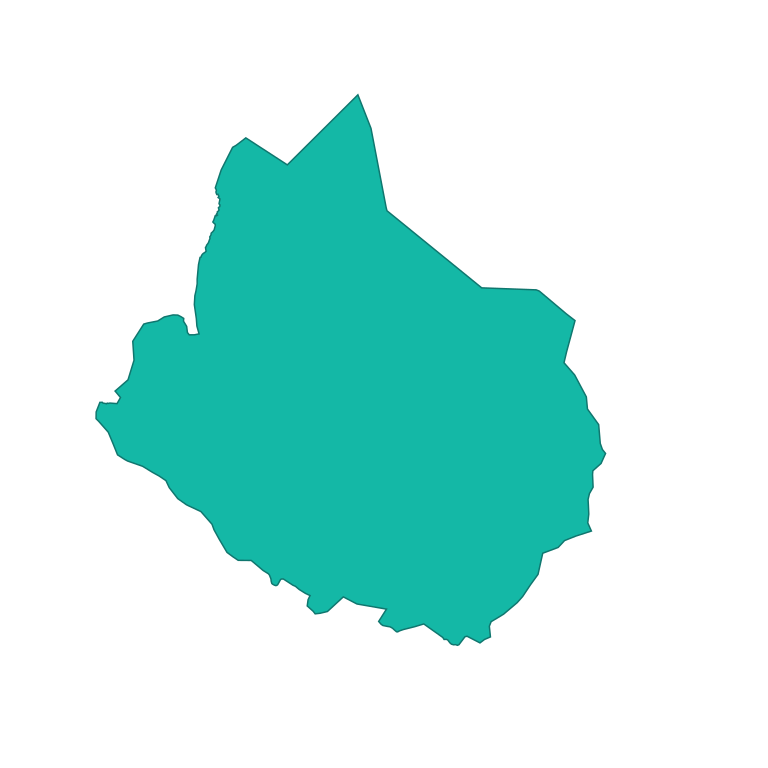 Batsari, Katsina, Nigeria (Natural Earth projection), rotated 122°
{"feature_id": "59680162B85415328791745", "entity_name": "Batsari", "entity_type": "district", "adm_level": 2, "iso_a3": "NGA", "parent_name": "Nigeria", "parent_adm1": "Katsina", "projection": "natural_earth1", "projection_center": [7.287, 12.843], "detail": "fine", "context": "isolated", "style": "filled", "palette": "teal", "viewbox_px": 768, "rotation_deg": 122, "n_neighbors": 0, "source": "geoboundaries", "source_scale": "gbopen_adm2", "svg_char_len": 2883}
<svg xmlns="http://www.w3.org/2000/svg" viewBox="0 0 768 768"><g transform="rotate(122 384 384)"><path d="M152.6,559.4L249.4,582.1L248.5,631.6L260.0,635.9L263.5,637.8L288.8,635.5L307.1,631.0L308.0,629.4L308.9,628.6L310.2,628.3L311.0,627.5L311.9,626.2L311.1,625.4L311.7,624.6L312.3,623.5L313.8,623.5L313.8,622.6L314.0,621.2L315.7,620.5L317.9,619.7L318.6,619.4L319.1,618.0L320.6,617.3L322.1,617.9L323.2,617.0L323.8,616.1L325.2,616.2L326.4,616.6L327.4,615.9L328.4,616.1L329.2,616.0L329.1,614.8L330.0,615.1L330.8,616.3L332.7,615.8L335.2,615.2L337.3,615.0L337.7,613.7L338.0,611.8L339.3,610.9L341.2,610.4L343.3,609.7L345.5,609.9L347.7,610.5L349.0,609.8L350.1,609.7L351.6,609.7L352.7,608.7L354.5,608.4L356.9,607.8L358.5,607.8L360.3,608.0L361.7,607.6L362.7,607.8L363.6,607.1L364.8,606.0L365.8,605.2L366.7,605.5L367.6,605.7L368.8,606.4L370.4,606.8L371.9,606.8L373.3,606.4L374.1,607.1L381.0,604.6L394.1,598.0L398.1,595.5L404.9,592.7L409.3,591.2L417.2,586.9L428.0,577.8L434.0,573.4L439.5,567.4L442.7,570.8L445.5,575.2L444.5,578.0L439.7,581.9L437.0,587.3L434.5,588.6L434.5,591.9L434.8,595.3L437.2,599.5L443.6,605.9L450.5,609.3L457.7,617.0L460.5,619.5L480.9,619.7L496.3,608.6L516.1,603.3L532.5,608.3L535.1,600.3L542.1,600.0L545.4,606.3L546.7,607.7L546.9,608.6L547.8,608.8L548.4,610.6L549.1,612.0L548.8,613.2L550.1,615.2L560.2,613.3L566.0,609.8L566.8,606.3L571.0,592.3L578.3,582.0L585.3,572.4L585.4,563.8L585.2,560.6L581.7,545.1L581.6,533.4L581.2,526.2L581.5,517.7L585.7,511.2L590.5,498.2L591.1,487.6L590.8,484.6L589.2,471.7L594.1,455.5L597.7,450.9L603.0,441.4L610.0,427.9L610.6,420.5L610.8,414.2L604.0,403.1L606.2,387.7L606.2,381.5L606.7,380.0L609.2,376.6L611.0,375.2L612.5,373.6L612.8,372.6L612.7,370.4L612.3,368.9L611.6,368.2L610.5,367.8L608.4,367.9L606.8,368.0L604.9,368.1L603.9,367.8L602.7,366.0L602.9,354.6L602.5,351.9L603.2,347.0L603.2,339.7L602.6,334.6L607.1,334.1L612.9,331.5L614.3,323.5L615.4,320.6L612.2,316.6L606.9,311.4L586.1,305.7L584.9,290.4L573.6,262.6L588.2,262.7L589.3,259.1L589.4,257.0L587.8,252.7L586.7,250.1L586.6,247.2L587.1,244.8L587.5,242.1L586.9,241.0L585.1,240.0L581.9,237.4L573.6,229.4L566.4,223.1L567.8,199.8L568.8,197.7L567.5,195.8L567.3,194.3L567.8,193.0L568.6,190.9L568.9,189.0L568.3,186.8L567.1,185.2L566.7,183.3L565.4,182.3L555.4,181.4L553.9,179.9L552.7,165.4L547.4,163.4L542.1,159.7L533.6,166.3L528.8,167.2L515.8,160.6L498.9,155.2L490.7,153.8L476.8,153.4L463.8,152.5L451.1,157.0L443.4,159.7L430.3,149.7L421.1,147.9L411.4,140.8L398.8,130.2L393.8,137.6L385.8,141.4L378.4,146.5L375.0,148.9L373.9,149.7L368.1,151.7L360.7,152.0L350.2,159.2L346.9,160.9L336.3,157.8L335.1,158.0L325.5,159.3L323.8,164.1L319.8,169.1L304.7,180.4L297.4,198.2L287.7,205.6L275.3,227.1L270.6,242.6L260.0,246.2L245.1,250.7L229.0,255.6L227.9,266.6L222.9,301.6L223.5,304.8L250.7,352.1L235.5,473.3L233.2,475.7L174.1,530.5L152.6,559.4Z" fill="#14b8a6" stroke="#0f766e" stroke-width="1.5"/></g></svg>